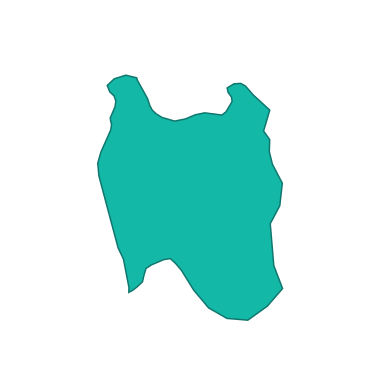 outline of Karuzi, rotated 120°
{"feature_id": "BDI-2633", "entity_name": "Karuzi", "entity_type": "Province", "adm_level": 1, "iso_a3": "BDI", "parent_name": "Burundi", "parent_adm1": "", "projection": "mercator", "projection_center": [30.088, -3.137], "detail": "fine", "context": "isolated", "style": "filled", "palette": "teal", "viewbox_px": 384, "rotation_deg": 120, "n_neighbors": 0, "source": "natural_earth", "source_scale": "10m", "svg_char_len": 936}
<svg xmlns="http://www.w3.org/2000/svg" viewBox="0 0 384 384"><g transform="rotate(120 192 192)"><path d="M82.2,165.6L103.4,160.5L107.8,150.9L118.6,145.1L127.7,136.3L139.2,118.2L160.0,109.1L180.3,108.4L214.8,84.4L230.3,65.3L253.2,69.7L275.1,79.6L284.0,98.5L284.1,119.6L276.1,141.5L265.1,162.1L262.3,169.8L260.5,177.5L264.7,182.7L275.7,190.9L281.2,193.6L287.7,192.1L294.5,190.0L301.7,192.1L306.9,194.3L310.5,196.5L306.3,198.8L284.4,217.8L277.4,228.0L224.6,280.7L214.2,288.0L203.3,290.8L179.0,293.4L173.8,295.4L171.4,297.8L168.8,299.8L156.6,301.3L151.4,303.4L147.8,307.4L146.4,313.3L142.1,318.7L132.8,315.9L123.9,307.7L120.8,297.0L122.5,295.2L133.4,277.1L138.2,271.8L141.0,267.3L142.2,262.2L142.4,255.2L139.3,242.5L132.0,234.2L123.5,227.8L117.1,220.6L110.4,204.6L105.7,202.7L93.6,202.5L90.0,205.3L87.7,210.6L84.3,213.6L77.3,209.7L73.6,204.1L73.5,198.7L77.3,187.6L82.2,165.6Z" fill="#14b8a6" stroke="#0f766e" stroke-width="1.5"/></g></svg>